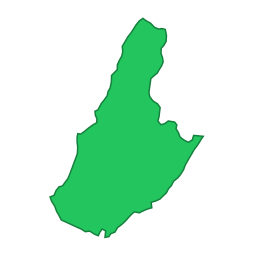 Itamari, Bahia, Brazil, rotated 182°
{"feature_id": "56859067B3442577657956", "entity_name": "Itamari", "entity_type": "district", "adm_level": 2, "iso_a3": "BRA", "parent_name": "Brazil", "parent_adm1": "Bahia", "projection": "natural_earth1", "projection_center": [-39.673, -13.781], "detail": "fine", "context": "isolated", "style": "filled", "palette": "green", "viewbox_px": 256, "rotation_deg": 182, "n_neighbors": 0, "source": "geoboundaries", "source_scale": "gbopen_adm2", "svg_char_len": 1660}
<svg xmlns="http://www.w3.org/2000/svg" viewBox="0 0 256 256"><g transform="rotate(182 128 128)"><path d="M116.9,238.1L120.3,235.6L123.6,231.2L126.4,226.4L128.6,222.8L131.2,219.3L133.7,214.7L136.6,209.3L135.9,204.2L136.8,199.5L139.0,195.3L140.8,190.9L140.8,185.9L143.7,182.8L146.3,179.9L146.2,173.8L147.3,167.2L149.1,164.1L149.9,159.6L152.9,155.0L155.4,151.8L156.9,148.8L158.7,145.1L161.6,143.6L161.0,139.4L159.4,136.3L159.4,132.2L162.9,130.1L167.3,126.7L171.2,123.2L175.0,120.3L178.0,120.6L178.6,116.8L178.3,111.8L177.6,106.9L177.7,100.6L184.3,80.6L186.3,75.4L191.5,67.8L194.9,66.8L197.8,62.8L199.5,58.1L203.5,56.4L201.7,52.0L198.4,47.1L196.5,42.3L194.4,39.0L191.5,33.8L174.1,26.5L171.2,25.4L167.1,22.9L162.6,23.6L157.9,20.8L154.0,19.3L152.4,23.0L150.4,26.1L146.7,24.4L147.2,17.9L143.4,18.7L141.5,21.8L137.4,23.5L135.0,28.1L131.2,31.1L127.2,35.1L124.4,38.5L121.3,42.1L118.6,44.4L113.8,43.6L109.8,45.8L105.5,47.8L101.4,49.1L102.3,54.5L97.6,56.1L93.6,58.1L90.8,61.1L87.4,64.5L85.3,68.9L82.7,71.8L80.6,76.4L76.4,80.0L73.8,83.5L71.0,88.3L69.5,92.9L66.1,99.5L63.8,103.7L61.0,108.9L58.6,112.3L56.8,115.1L54.6,119.1L52.5,122.3L62.1,122.9L63.4,118.3L67.1,115.9L70.3,117.2L73.1,118.9L75.7,120.9L77.4,125.0L80.0,129.0L79.3,132.8L81.7,135.6L88.0,136.4L91.4,133.7L95.2,132.4L98.4,136.0L97.4,140.3L97.0,145.1L96.6,149.5L99.2,153.1L104.1,156.0L107.4,160.2L108.3,163.9L108.0,167.6L107.4,173.4L106.9,178.2L103.3,181.6L100.7,183.9L98.9,187.3L96.6,191.3L95.2,195.1L95.8,198.9L97.6,203.8L97.6,208.8L95.0,211.9L92.9,216.0L92.8,221.9L94.2,227.8L97.6,228.6L100.7,227.9L105.0,229.5L109.1,233.5L113.8,235.9L116.9,238.1Z" fill="#22c55e" stroke="#15803d" stroke-width="1.5"/></g></svg>